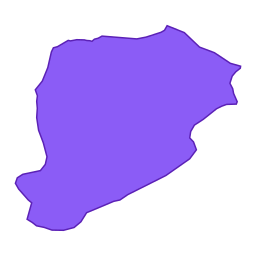 the border of Tadla - Azilal
{"feature_id": "MAR-1453", "entity_name": "Tadla - Azilal", "entity_type": "Region", "adm_level": 1, "iso_a3": "MAR", "parent_name": "Morocco", "parent_adm1": "", "projection": "orthographic", "projection_center": [-6.449, 32.083], "detail": "fine", "context": "isolated", "style": "filled", "palette": "violet", "viewbox_px": 256, "rotation_deg": 0, "n_neighbors": 0, "source": "natural_earth", "source_scale": "10m", "svg_char_len": 935}
<svg xmlns="http://www.w3.org/2000/svg" viewBox="0 0 256 256"><path d="M167.1,25.7L184.3,32.6L199.5,47.1L214.4,52.7L230.3,63.3L240.6,66.2L240.3,68.2L235.8,71.8L232.2,76.1L229.9,83.3L232.7,88.7L233.6,93.5L237.2,101.7L236.3,104.1L226.6,104.4L221.7,106.2L216.6,108.7L203.3,119.3L194.4,125.1L190.7,131.5L189.7,137.9L193.5,141.9L196.4,149.8L189.7,158.8L165.9,175.5L127.8,194.6L119.9,200.0L113.8,201.3L86.6,212.7L80.9,221.8L74.1,227.5L63.5,230.3L52.0,230.1L44.2,227.4L36.5,225.8L32.2,222.4L27.1,219.3L31.7,202.8L28.2,199.9L18.7,189.1L15.4,183.3L17.3,177.8L22.8,174.3L40.4,170.6L45.3,164.4L47.0,156.8L43.3,142.8L38.6,130.3L36.7,117.6L37.3,108.3L36.7,101.3L37.4,95.8L35.3,89.8L42.3,81.1L47.8,67.6L51.4,51.9L53.4,47.8L57.4,46.7L68.2,40.4L70.5,40.9L76.8,39.7L84.3,39.9L86.8,40.5L89.7,40.7L92.0,41.3L94.4,39.2L98.2,38.2L102.0,36.1L136.8,38.9L146.1,37.1L161.0,32.3L164.5,30.3L167.1,25.7Z" fill="#8b5cf6" stroke="#5b21b6" stroke-width="1.5"/></svg>